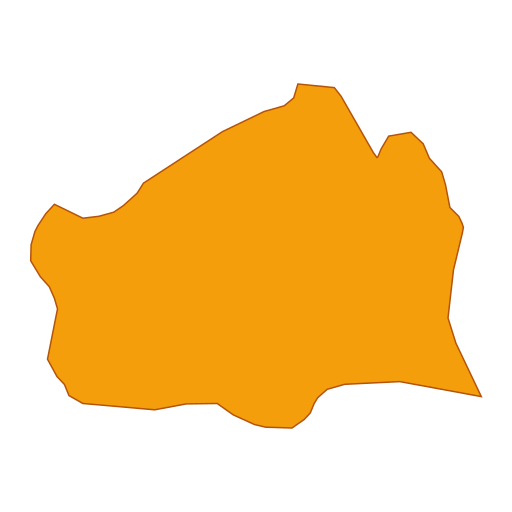 Wien, Mercator projection
{"feature_id": "AUT-2331", "entity_name": "Wien", "entity_type": "State", "adm_level": 1, "iso_a3": "AUT", "parent_name": "Austria", "parent_adm1": "", "projection": "mercator", "projection_center": [16.38, 48.233], "detail": "fine", "context": "isolated", "style": "filled", "palette": "amber", "viewbox_px": 512, "rotation_deg": 0, "n_neighbors": 0, "source": "natural_earth", "source_scale": "10m", "svg_char_len": 854}
<svg xmlns="http://www.w3.org/2000/svg" viewBox="0 0 512 512"><path d="M297.9,84.0L334.3,87.6L341.1,96.3L373.4,152.7L376.9,157.5L377.8,157.0L381.1,149.0L388.7,136.1L411.0,132.3L423.2,143.8L429.4,158.3L441.7,171.9L445.5,184.8L449.9,207.5L458.8,216.4L461.9,222.9L463.4,227.3L462.4,232.8L453.5,269.8L448.0,318.0L455.9,343.2L481.3,396.6L399.8,381.6L344.7,384.3L327.2,389.3L317.7,397.7L314.1,403.6L310.3,412.9L304.3,419.4L292.0,428.0L265.7,427.2L254.4,424.5L233.3,414.9L217.2,403.5L186.2,403.9L154.6,409.8L82.9,403.5L69.0,395.6L64.4,384.4L57.0,376.6L47.5,359.2L57.5,308.9L54.4,298.3L49.3,286.7L40.4,276.8L30.7,260.8L31.1,244.8L34.9,231.6L38.0,225.5L45.7,213.8L54.4,204.3L82.9,218.2L98.8,216.3L113.7,212.2L123.4,205.6L137.1,193.2L143.5,183.1L222.5,131.6L264.1,111.5L284.2,105.8L293.7,97.9L297.9,84.0Z" fill="#f59e0b" stroke="#b45309" stroke-width="1.5"/></svg>